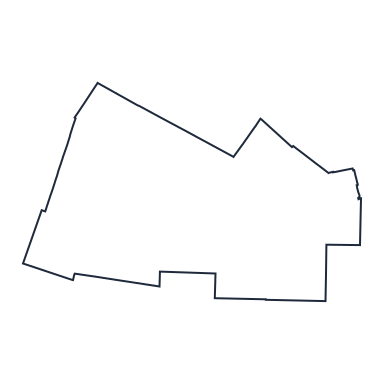 Grivita, Ialomita, Romania (Equal Earth projection)
{"feature_id": "2599482B1434149034356", "entity_name": "Grivita", "entity_type": "district", "adm_level": 2, "iso_a3": "ROU", "parent_name": "Romania", "parent_adm1": "Ialomita", "projection": "equal_earth", "projection_center": [27.323, 44.721], "detail": "fine", "context": "isolated", "style": "outline", "palette": "slate", "viewbox_px": 384, "rotation_deg": 0, "n_neighbors": 0, "source": "geoboundaries", "source_scale": "gbopen_adm2", "svg_char_len": 1900}
<svg xmlns="http://www.w3.org/2000/svg" viewBox="0 0 384 384"><path d="M265.8,299.8L325.5,301.1L326.0,274.6L326.4,244.7L360.0,245.1L361.0,198.2L360.7,198.2L358.5,199.2L358.3,198.5L358.3,198.2L358.2,197.9L358.8,197.3L359.1,197.1L359.4,196.8L359.4,196.7L359.5,196.5L359.5,195.4L359.2,194.6L358.9,193.8L358.5,192.9L357.6,189.7L357.3,188.5L356.7,185.2L357.6,185.0L357.8,184.9L357.6,183.5L357.4,183.1L357.3,182.8L357.0,182.1L356.9,181.3L356.9,181.2L355.7,176.4L355.5,175.7L354.2,170.2L353.2,170.4L352.6,168.5L342.9,170.4L335.1,172.0L333.2,172.3L333.2,172.2L333.1,171.8L328.6,172.9L328.5,173.0L328.1,172.7L323.8,169.4L314.3,162.2L302.6,153.2L295.5,147.8L295.4,147.7L293.2,146.0L292.0,147.1L289.4,144.8L283.0,139.0L276.4,133.0L271.2,128.3L266.7,124.2L261.4,119.4L260.4,118.7L255.1,126.8L254.8,127.1L254.6,127.2L254.2,127.9L253.6,128.8L253.2,129.3L251.0,132.4L247.4,137.6L247.1,138.1L246.9,138.3L246.7,138.6L245.8,139.8L242.7,144.3L241.7,145.6L233.5,156.9L233.4,156.8L220.9,150.0L195.9,136.5L186.2,131.2L185.8,131.0L168.2,121.6L152.8,113.3L139.0,105.8L137.7,105.4L134.7,103.7L132.0,102.2L99.1,83.8L97.6,82.9L97.4,83.3L92.4,90.8L89.9,94.7L89.8,94.8L82.9,105.3L82.6,105.7L77.4,113.5L75.4,116.3L74.6,117.6L75.6,118.3L75.4,118.7L75.0,120.1L74.1,122.6L72.9,126.1L72.5,127.4L70.8,132.7L70.0,135.5L69.9,136.3L68.8,139.7L67.6,143.7L67.1,145.2L63.0,156.9L62.5,158.6L60.7,164.1L58.5,170.5L57.0,175.9L55.6,179.9L54.8,182.4L54.4,183.8L53.4,186.9L52.8,188.7L51.9,191.4L50.8,194.5L50.3,195.9L49.9,197.1L49.4,198.8L48.6,201.0L48.1,202.7L46.9,206.2L46.1,208.8L45.2,211.4L41.7,210.2L23.0,263.5L72.5,280.0L73.0,280.1L73.6,277.5L73.9,276.2L74.3,274.4L74.5,274.2L74.9,274.0L75.1,273.9L75.1,273.7L92.3,276.2L93.1,276.3L99.0,277.2L117.0,280.0L159.5,286.5L159.8,276.3L159.9,271.6L215.5,273.5L215.4,276.5L215.4,277.6L215.3,279.1L215.3,280.8L214.8,298.2L265.8,299.3L265.8,299.8Z" fill="none" stroke="#1e293b" stroke-width="2"/></svg>